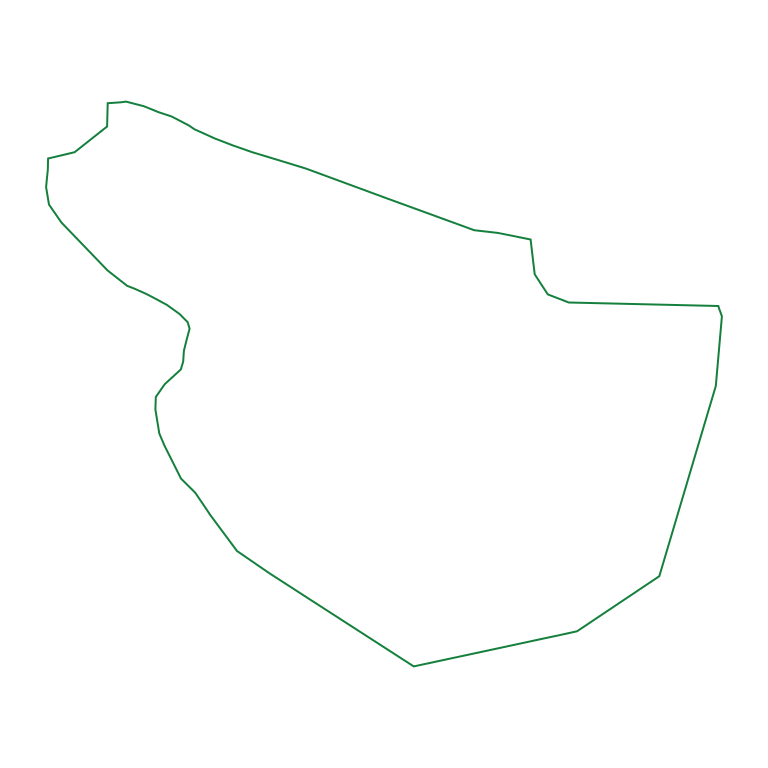 outline of Abu Jabrah, Eastern Darfur, Sudan
{"feature_id": "16777658B57508233382932", "entity_name": "Abu Jabrah", "entity_type": "district", "adm_level": 2, "iso_a3": "SDN", "parent_name": "Sudan", "parent_adm1": "Eastern Darfur", "projection": "orthographic", "projection_center": [26.739, 10.949], "detail": "fine", "context": "isolated", "style": "outline", "palette": "green", "viewbox_px": 768, "rotation_deg": 0, "n_neighbors": 0, "source": "geoboundaries", "source_scale": "gbopen_adm2", "svg_char_len": 1187}
<svg xmlns="http://www.w3.org/2000/svg" viewBox="0 0 768 768"><path d="M48.1,158.5L47.8,170.1L47.2,175.6L46.1,187.2L49.0,204.6L61.5,222.6L107.5,270.4L127.1,285.8L134.3,288.6L145.1,293.4L146.6,294.1L152.2,297.0L166.9,304.9L179.7,314.1L183.8,318.3L187.7,322.2L189.4,328.1L189.6,328.7L186.7,339.5L183.9,350.8L183.2,361.6L180.8,369.5L166.8,382.3L164.8,384.1L155.8,397.0L155.4,409.5L159.3,433.5L164.5,445.7L172.5,461.6L181.0,478.6L195.3,492.8L207.5,510.8L209.9,514.5L237.0,551.0L269.0,573.0L310.3,599.7L413.4,666.2L413.7,666.4L451.0,658.4L544.1,638.4L555.0,636.1L577.0,631.3L624.5,599.5L659.3,576.2L659.4,575.9L668.8,544.3L681.9,500.1L698.2,445.2L715.8,386.0L721.9,316.5L721.8,316.2L721.6,315.5L721.2,314.3L721.1,314.1L720.7,312.9L720.5,312.4L719.8,310.3L719.6,310.0L719.0,308.2L718.9,307.8L718.7,307.4L718.7,307.2L718.4,306.4L718.3,306.0L568.8,302.5L547.8,294.4L534.7,274.3L530.6,239.5L497.7,232.9L474.1,230.2L454.2,222.9L446.2,220.0L386.1,198.1L306.0,168.6L278.0,160.0L251.9,152.1L232.5,145.3L214.6,138.4L194.3,129.2L189.3,125.7L171.4,116.4L158.6,112.2L143.8,106.2L126.0,101.6L120.9,102.3L107.7,103.2L107.1,126.5L74.6,152.2L48.1,158.5Z" fill="none" stroke="#15803d" stroke-width="2"/></svg>